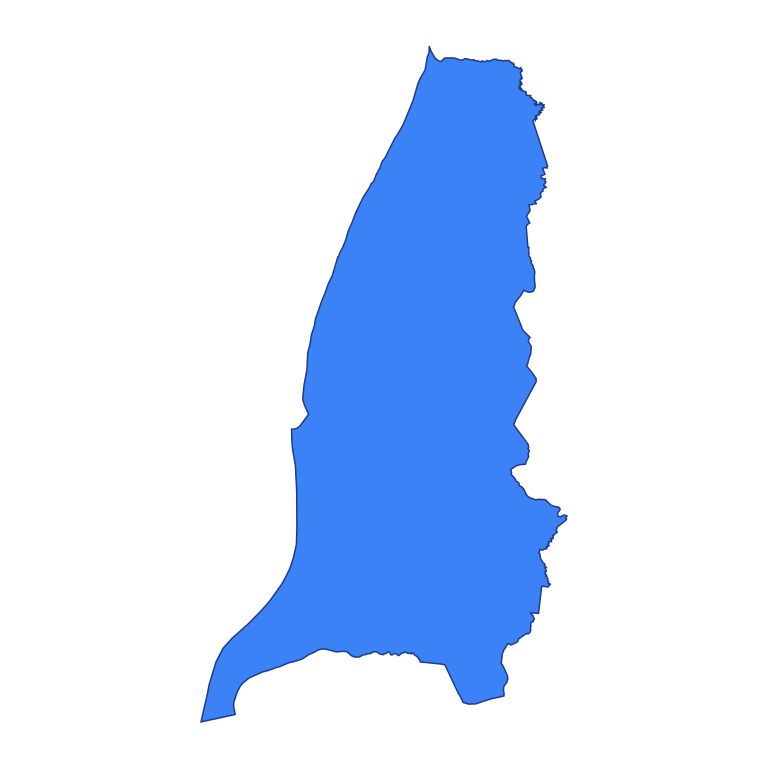 the district of Ubolratana, Khon Kaen, Thailand
{"feature_id": "78962969B29703528432140", "entity_name": "Ubolratana", "entity_type": "district", "adm_level": 2, "iso_a3": "THA", "parent_name": "Thailand", "parent_adm1": "Khon Kaen", "projection": "mercator", "projection_center": [102.713, 16.795], "detail": "fine", "context": "isolated", "style": "filled", "palette": "blue", "viewbox_px": 768, "rotation_deg": 0, "n_neighbors": 0, "source": "geoboundaries", "source_scale": "gbopen_adm2", "svg_char_len": 6042}
<svg xmlns="http://www.w3.org/2000/svg" viewBox="0 0 768 768"><path d="M463.2,702.5L468.7,704.1L475.7,703.9L489.7,699.2L503.9,696.0L504.1,694.1L503.5,689.8L503.6,687.7L504.2,685.8L506.8,682.3L507.8,679.0L507.5,676.1L504.5,669.1L502.4,664.8L501.2,663.4L502.6,652.7L503.5,651.5L503.7,649.9L505.7,647.6L505.8,646.2L506.5,645.8L507.3,644.6L507.3,643.8L508.5,643.6L510.7,644.9L514.8,643.4L517.7,641.6L518.6,639.0L525.6,634.0L527.1,633.9L527.3,633.4L528.7,633.7L530.3,631.8L530.7,630.0L530.5,627.7L531.0,626.1L530.6,624.7L530.9,622.8L533.3,621.4L534.3,618.7L532.7,615.3L530.5,613.3L530.7,612.7L538.5,613.4L541.7,586.1L548.1,587.0L550.3,584.3L549.8,583.6L548.1,583.4L547.9,582.1L548.5,581.2L547.7,580.4L547.7,578.3L547.0,577.7L546.8,576.2L545.9,576.5L545.6,576.2L546.3,574.9L544.9,573.5L545.6,572.5L545.6,571.8L545.1,571.5L545.4,570.7L546.2,570.9L545.3,568.1L546.2,567.6L545.4,567.1L545.6,566.3L544.5,566.0L544.2,565.5L544.8,564.4L544.6,563.7L543.1,562.9L540.6,558.5L539.9,554.3L539.7,553.6L538.9,553.4L539.8,549.5L542.0,550.1L543.2,549.9L544.2,549.0L546.6,548.9L546.4,546.6L546.7,546.4L547.5,547.0L548.2,545.8L548.9,545.7L548.0,544.8L548.1,544.5L548.5,544.5L548.2,543.8L549.0,543.2L548.3,541.5L549.8,541.3L550.8,541.8L551.4,541.6L551.6,540.7L550.9,539.0L551.8,539.4L552.2,538.0L553.2,538.2L552.8,535.4L553.7,535.5L555.2,533.5L557.1,532.6L557.1,531.8L556.4,531.4L556.3,530.0L557.4,526.6L559.9,525.0L566.3,519.8L566.6,518.9L565.6,517.3L567.0,516.1L565.4,515.3L563.6,515.0L560.3,517.0L558.2,516.3L557.5,513.9L557.8,512.8L559.9,510.2L560.0,508.9L559.4,507.9L558.7,507.2L554.2,506.3L550.7,505.0L546.4,500.6L545.0,499.6L537.4,499.3L536.4,500.0L529.8,497.7L528.3,496.8L526.5,494.9L523.7,489.0L522.0,487.1L519.4,485.6L518.7,482.6L515.9,481.1L515.5,479.3L511.4,474.6L511.5,472.5L510.9,469.3L516.3,465.7L520.4,464.6L525.4,464.2L526.7,460.4L528.3,457.4L528.6,456.1L528.2,454.3L529.3,450.4L527.8,448.8L528.7,447.7L528.2,444.5L513.8,424.9L514.4,422.7L515.3,421.2L515.5,419.9L536.2,381.6L536.1,378.6L535.7,377.9L531.1,371.4L526.5,366.0L527.4,364.8L529.0,358.2L530.6,354.4L531.3,346.6L528.3,341.5L529.0,338.5L530.1,337.5L523.0,330.4L513.5,306.7L514.4,305.6L514.8,303.6L516.1,301.4L521.2,294.9L523.7,290.4L528.4,292.2L531.4,292.0L533.5,291.1L535.1,287.4L534.9,282.7L534.4,281.8L534.7,279.9L534.3,278.6L534.8,271.7L534.0,268.9L533.3,268.2L533.1,266.1L531.5,263.5L531.1,262.0L531.5,260.7L530.6,260.0L530.4,257.8L528.7,255.9L529.1,253.5L528.5,250.2L529.0,247.6L527.8,246.7L526.2,226.1L528.8,223.3L529.8,222.9L526.5,216.3L530.1,210.5L529.0,204.8L532.0,204.6L534.5,203.4L535.1,204.0L536.3,203.8L535.1,200.7L538.4,199.4L540.6,197.5L541.1,196.7L540.1,193.6L541.0,193.1L541.4,191.9L543.0,191.1L543.0,188.9L546.2,187.2L543.6,185.0L545.9,182.2L544.9,181.0L545.4,178.9L541.9,178.5L542.1,178.2L540.8,177.1L541.1,176.2L540.9,176.0L544.9,174.3L542.7,168.3L544.6,167.7L547.2,168.0L547.1,165.7L547.5,165.7L533.7,123.3L533.3,123.1L533.5,122.2L532.9,121.3L533.1,120.4L534.5,119.2L535.2,120.2L535.3,118.8L536.4,119.2L536.9,118.9L536.8,117.8L535.7,117.7L536.5,116.7L535.4,116.4L535.4,115.9L536.5,115.8L537.3,114.9L539.0,115.0L539.7,113.6L541.2,112.5L541.0,112.1L540.0,112.0L539.2,112.7L539.4,111.1L540.8,110.8L541.1,110.2L542.6,110.1L542.2,108.8L541.5,108.3L544.1,107.6L544.0,107.1L543.0,107.3L543.8,105.6L543.1,105.3L543.6,104.8L542.0,104.8L542.3,104.2L541.9,103.2L541.2,103.4L540.0,102.6L540.0,104.6L538.9,104.1L538.2,104.7L536.9,104.5L536.1,105.5L535.3,105.4L534.8,103.6L536.0,103.7L536.9,102.4L535.8,101.2L535.1,101.4L534.7,100.4L533.1,100.3L533.2,99.6L531.3,97.7L530.2,97.6L530.7,95.6L527.0,95.3L525.8,93.9L526.3,92.8L525.9,91.9L524.6,91.2L522.8,91.3L522.3,89.9L521.1,89.8L521.6,89.1L521.2,88.6L520.5,88.6L520.1,89.3L519.5,89.1L519.3,87.8L520.2,87.7L520.4,87.2L519.4,86.4L519.4,85.9L520.4,85.8L520.7,84.9L522.0,84.2L521.5,82.8L520.2,83.4L521.1,82.1L519.8,81.2L520.8,78.9L521.6,79.1L522.2,78.1L521.7,77.0L521.0,76.7L521.4,76.1L521.3,75.1L520.2,72.9L520.5,72.1L521.0,72.0L520.9,71.2L522.2,70.9L521.8,69.2L521.0,69.0L520.8,67.8L519.2,68.6L515.8,67.0L514.8,67.1L513.8,65.3L514.1,64.2L513.3,64.2L512.8,63.0L512.0,63.1L508.7,60.4L506.9,60.9L505.7,60.4L502.5,61.0L501.6,60.4L497.5,60.2L497.0,59.4L496.0,59.2L493.4,59.4L489.2,61.3L487.0,60.5L485.0,61.9L482.1,60.9L480.4,61.9L478.2,61.0L475.6,60.8L474.1,59.8L471.1,60.0L465.9,58.6L464.8,58.6L462.9,59.9L460.3,60.1L455.4,58.3L452.5,57.9L445.3,58.0L443.9,58.5L441.6,61.1L440.7,61.4L439.3,61.2L437.1,59.9L434.9,57.8L431.1,51.3L429.2,46.1L429.1,52.2L427.2,57.3L425.1,70.0L420.4,78.1L418.1,83.1L413.0,100.7L403.4,124.1L398.1,133.5L394.8,138.3L385.4,157.3L382.0,161.7L380.0,167.6L376.1,174.9L373.9,180.8L373.2,182.0L371.3,183.5L369.3,187.8L363.3,197.1L355.6,213.0L352.2,222.2L348.3,230.8L345.6,240.3L342.8,247.1L339.7,253.1L338.8,255.9L337.8,257.0L332.3,275.5L328.5,283.3L325.1,293.0L321.4,301.9L315.3,319.6L314.5,325.5L311.4,335.0L309.9,344.7L307.7,353.3L306.9,369.9L304.1,384.6L302.9,396.8L302.9,399.9L304.3,404.7L308.6,414.2L299.9,426.1L296.9,428.2L295.1,428.9L291.6,429.2L291.8,439.2L292.6,449.3L295.4,465.5L296.7,491.4L296.9,528.6L296.4,544.5L293.4,557.9L290.0,568.1L286.6,575.3L282.1,583.6L270.2,600.3L266.0,605.4L260.2,611.8L248.1,624.0L232.4,638.0L223.2,648.1L216.1,661.8L209.2,684.4L207.4,693.8L201.0,721.9L235.2,714.5L233.6,706.1L233.9,701.8L237.3,691.8L240.5,685.8L242.6,683.4L249.0,678.0L262.3,672.0L267.9,670.6L276.3,667.5L279.9,666.6L288.4,662.9L294.1,661.6L302.2,659.0L308.6,654.8L314.7,652.0L318.2,649.9L321.7,649.0L325.9,649.1L336.3,651.9L343.4,651.3L347.1,651.8L351.6,655.8L354.5,657.0L359.3,657.0L363.0,655.0L365.8,654.5L366.9,653.9L370.7,653.5L373.6,651.7L376.7,651.9L379.8,654.0L383.1,654.7L385.1,653.5L385.9,653.6L387.5,652.1L389.2,652.0L391.0,654.9L392.4,654.8L394.6,653.4L396.4,653.9L398.3,655.6L399.7,655.0L401.1,653.5L402.9,653.1L403.9,652.1L407.4,652.9L408.1,653.5L409.3,653.2L411.0,653.8L411.6,653.8L411.6,652.9L412.1,652.7L413.5,653.4L414.2,654.7L417.4,656.8L419.3,659.7L420.3,660.4L420.1,661.9L441.5,664.1L445.0,664.9L458.3,693.3L460.2,696.3L463.2,702.5Z" fill="#3b82f6" stroke="#1e3a8a" stroke-width="1.5"/></svg>